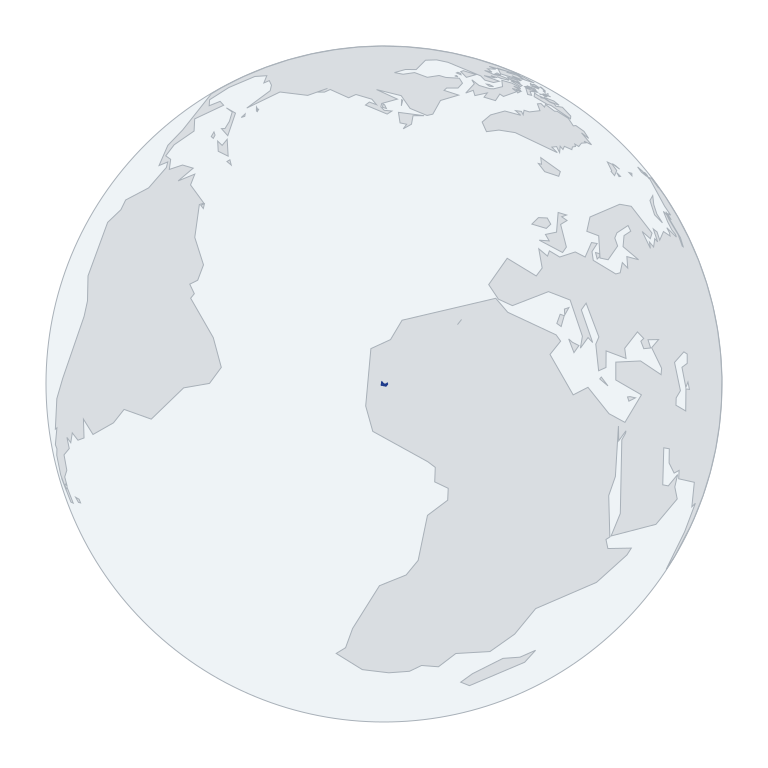 the Earth from above Koubia, rotated 41°
{"feature_id": "GIN-5645", "entity_name": "Koubia", "entity_type": "Prefecture", "adm_level": 1, "iso_a3": "GIN", "parent_name": "Guinea", "parent_adm1": "", "projection": "orthographic", "projection_center": [-11.818, 11.71], "detail": "fine", "context": "on_globe", "style": "filled", "palette": "blue", "viewbox_px": 768, "rotation_deg": 41, "n_neighbors": 0, "source": "natural_earth", "source_scale": "10m", "svg_char_len": 9115}
<svg xmlns="http://www.w3.org/2000/svg" viewBox="0 0 768 768"><g transform="rotate(41 384 384)"><circle cx="384" cy="384" r="338" fill="#eef3f6" stroke="#a8b0b8"/><path d="M283.7,61.3L282.8,62.0L255.0,75.3L261.8,73.1L255.5,78.1L260.9,77.8L254.2,81.4L264.3,78.2L269.4,75.1L275.6,72.9L279.2,72.7L271.3,76.8L268.3,77.6L267.9,78.8L262.4,81.1L267.2,79.9L257.2,85.6L272.4,79.9L268.9,84.6L260.8,88.5L254.8,88.0L221.1,99.3L211.0,104.9L202.9,112.4L202.0,125.6L193.8,132.6L187.6,142.1L195.2,137.7L202.8,128.9L215.5,124.1L223.2,115.0L229.5,112.1L240.3,103.8L245.9,105.5L245.7,112.1L237.1,119.5L236.7,123.0L250.8,117.0L240.6,133.0L243.8,148.3L240.3,153.1L222.9,158.9L207.8,155.1L185.2,166.7L207.2,160.2L198.2,173.8L199.8,176.9L204.6,177.3L210.9,172.8L209.3,178.2L187.0,185.6L188.0,180.8L195.1,178.1L188.0,177.0L172.9,183.9L169.5,191.2L150.2,197.0L147.6,202.7L141.9,207.7L147.4,198.0L137.1,216.2L113.9,231.9L99.4,265.8L105.7,237.3L103.0,232.3L98.4,230.3L95.8,235.6L93.3,228.2L84.8,236.6L72.4,262.0L65.9,283.9L69.5,288.7L74.9,278.2L80.1,278.8L67.2,308.1L74.7,317.7L68.7,341.1L69.6,355.0L75.6,354.4L81.2,362.9L88.3,350.9L98.4,346.3L95.4,365.8L103.5,349.7L107.4,360.7L129.4,365.7L126.9,369.7L145.0,397.5L169.6,412.5L175.3,427.9L171.9,436.1L181.6,440.3L181.8,446.1L224.7,461.0L250.3,478.2L251.9,498.0L235.3,518.4L231.4,563.2L204.5,573.7L205.3,590.8L197.5,613.0L180.2,607.7L193.0,621.5L189.9,627.2L180.8,625.4L186.1,633.8L179.7,632.3L188.8,639.2L189.0,647.4L201.2,657.2L204.0,663.6L212.2,669.2L209.4,668.2L209.2,669.2L212.7,671.9L199.5,664.6L183.8,652.5L179.7,647.5L175.8,645.4L165.9,631.7L165.6,633.7L146.7,609.7L137.9,590.7L113.3,529.7L105.7,515.8L89.7,496.6L69.4,443.3L71.1,425.1L68.3,414.6L77.7,390.4L77.7,363.3L75.1,358.3L70.9,366.7L64.3,345.7L65.4,324.4L63.3,278.2L67.0,267.0L73.3,251.3L76.6,243.6L87.2,222.4L99.2,202.1L112.7,182.6L127.5,164.1L143.5,146.6L160.7,130.4L179.0,115.4L198.3,101.7L218.6,89.3L239.6,78.5L261.4,69.1L283.7,61.3ZM94.2,277.0L103.2,299.1L93.8,297.9L96.4,295.5L95.0,287.2L91.0,278.3L83.9,279.0L94.2,277.0ZM107.9,260.9L106.0,258.6L108.5,259.5L107.9,260.9ZM236.4,103.6L238.3,103.7L235.3,105.1L236.4,103.6ZM239.3,100.1L234.6,101.7L235.2,100.3L238.1,99.3L239.3,100.1ZM245.0,98.5L237.0,97.8L238.3,95.5L250.5,90.1L245.0,98.5ZM269.4,74.2L264.2,77.5L265.2,75.1L269.4,74.2ZM268.6,73.4L262.8,71.1L272.4,66.9L272.4,68.1L282.1,63.6L289.6,62.5L286.0,64.8L278.3,67.5L287.0,65.2L268.6,73.4ZM278.1,71.8L276.1,71.4L284.3,67.6L289.8,67.8L285.4,68.9L278.1,71.8ZM281.0,63.2L288.0,60.8L296.0,59.2L299.9,58.2L290.6,62.2L281.0,63.2ZM285.4,69.7L292.4,68.1L291.9,69.9L280.6,72.0L285.4,69.7ZM284.0,66.7L288.2,65.1L287.7,66.0L284.0,66.7ZM294.0,76.6L291.4,75.5L295.4,73.3L294.0,76.6ZM295.0,67.4L295.2,66.9L296.5,66.0L300.9,65.5L295.0,67.4ZM296.9,61.0L298.8,61.1L301.1,59.3L307.2,58.5L299.9,61.5L305.6,59.9L307.5,59.7L299.5,62.5L296.9,61.0ZM309.2,62.7L302.1,67.2L306.0,69.3L302.5,71.2L296.8,67.6L309.2,62.7ZM304.2,62.3L306.5,62.9L301.0,64.5L296.0,65.2L304.2,62.3ZM314.0,57.1L306.5,57.5L308.3,56.9L314.0,57.1ZM311.4,62.9L313.1,61.9L312.4,62.9L311.4,62.9ZM314.4,58.4L311.5,58.4L313.7,57.7L314.4,58.4ZM318.9,60.1L316.6,61.4L313.1,61.7L318.9,60.1ZM317.7,59.0L321.4,58.0L313.3,61.0L316.1,59.1L317.7,59.0ZM316.9,57.7L317.3,57.3L317.8,57.8L316.9,57.7ZM333.3,58.7L323.9,62.3L316.3,62.8L326.5,59.0L333.3,58.7ZM225.2,678.5L202.4,666.6L213.5,672.5L212.4,669.8L227.6,677.8L225.2,678.5ZM225.6,671.8L229.5,671.0L233.0,672.8L231.1,673.8L225.6,671.8ZM706.0,281.6L708.8,290.9L716.3,322.5L718.6,338.9L707.8,298.2L697.2,269.7L696.9,274.7L682.7,254.6L668.6,262.2L663.4,255.6L661.4,260.9L651.0,256.6L641.8,245.7L637.0,248.6L660.5,277.2L665.4,274.4L665.0,259.7L671.0,270.9L680.7,278.4L681.3,311.5L655.1,349.7L647.3,326.7L600.1,270.1L598.6,262.7L598.2,262.0L597.3,260.6L598.4,272.9L588.5,261.9L619.3,302.0L626.8,320.8L654.8,351.3L653.5,355.7L660.9,361.3L678.3,345.6L679.5,353.6L674.5,394.3L645.8,454.0L646.7,487.0L639.5,516.4L615.0,540.3L610.6,561.7L597.0,571.8L591.7,584.1L577.1,598.8L555.0,613.8L524.7,618.7L528.0,608.2L520.7,589.1L512.9,539.2L526.0,513.6L525.5,494.7L503.0,454.6L508.3,429.9L500.9,420.6L486.5,424.6L477.4,413.3L468.2,413.9L406.6,427.1L384.6,412.6L350.9,365.9L359.8,346.2L355.8,324.0L412.1,246.0L430.3,248.7L481.7,234.0L489.2,235.8L489.9,252.8L533.9,268.1L540.1,252.7L573.3,258.8L591.0,254.9L585.4,223.3L556.3,228.9L544.6,215.4L562.5,198.3L587.0,195.2L583.2,190.0L562.2,181.0L562.1,170.3L554.2,177.4L561.6,181.9L556.9,186.9L549.8,183.2L550.1,179.2L541.1,178.4L542.2,199.1L549.9,205.9L529.9,213.3L540.7,225.9L537.3,233.2L517.7,215.0L515.3,207.5L483.5,190.4L484.3,198.6L514.3,215.8L507.5,215.1L508.7,228.1L502.4,217.8L469.4,198.5L447.5,206.4L429.5,240.6L414.7,244.9L397.8,240.3L394.5,208.3L428.0,202.6L427.3,192.7L412.1,180.4L423.5,180.2L421.5,175.0L433.3,172.9L441.7,158.9L452.5,156.2L447.8,141.1L452.7,138.1L454.1,147.6L460.8,153.4L486.7,148.9L489.3,145.1L484.2,136.0L491.9,136.6L483.7,128.5L494.6,123.2L474.3,123.5L467.8,114.5L470.0,106.8L464.2,104.3L460.6,117.1L462.4,122.4L469.8,126.6L471.6,143.2L464.4,147.2L448.8,131.3L436.9,135.7L429.9,122.8L444.0,93.7L454.0,87.7L487.3,94.3L489.6,99.6L478.8,99.5L496.1,106.9L491.2,102.7L497.6,103.7L493.0,96.7L497.3,97.2L485.5,90.3L490.3,90.1L497.7,94.5L494.9,85.6L502.8,84.6L500.1,82.5L494.9,80.5L508.3,81.3L505.7,79.8L500.3,78.9L491.7,75.5L481.6,70.4L486.7,70.9L491.1,72.8L508.0,78.3L518.7,84.3L519.8,84.1L511.7,79.1L491.1,72.2L483.6,69.1L493.1,71.6L489.0,70.4L486.9,69.1L489.6,68.5L479.1,65.7L448.6,54.3L450.9,53.3L462.8,56.0L450.1,52.6L473.5,58.1L496.4,65.3L518.7,74.1L540.4,84.4L561.3,96.3L581.3,109.6L600.2,124.3L618.1,140.3L634.9,157.6L650.3,176.0L664.4,195.4L677.1,215.8L688.3,237.0L698.0,259.0L706.0,281.6ZM400.2,284.4L400.5,291.0L400.2,284.4ZM618.3,208.5L629.4,206.4L615.1,189.6L618.1,187.7L612.1,183.1L614.0,188.5L597.9,175.9L599.3,169.5L593.2,162.5L589.2,163.0L589.1,177.1L612.1,194.6L613.6,202.8L618.3,208.5ZM130.2,365.7L132.5,370.1L128.6,369.3L130.2,365.7ZM90.3,305.3L93.2,307.0L94.0,310.6L91.3,310.6L90.3,305.3ZM120.6,315.9L125.1,319.0L119.5,319.1L120.6,315.9ZM105.1,302.2L116.9,314.3L106.2,317.1L99.1,309.8L105.3,310.1L105.1,302.2ZM102.0,271.2L103.3,273.3L101.4,276.5L102.0,271.2ZM109.7,261.6L108.8,261.6L109.1,258.4L109.7,261.6ZM199.5,173.3L201.3,172.9L205.1,174.5L201.3,176.1L199.5,173.3ZM234.3,169.9L231.1,178.8L230.7,173.1L224.8,176.4L216.7,169.5L238.2,155.2L229.9,162.5L234.3,169.9ZM211.9,157.6L214.6,162.7L210.8,157.8L211.9,157.6ZM398.3,151.6L405.0,154.0L404.4,160.1L390.7,166.3L391.4,157.1L398.3,151.6ZM414.6,156.2L402.9,140.3L410.9,136.7L408.4,141.2L414.9,140.5L412.6,147.7L431.8,161.0L432.5,167.6L406.8,173.6L414.8,167.6L407.7,165.2L414.6,156.2ZM358.7,114.8L353.8,110.3L377.7,108.0L379.6,112.6L366.0,118.3L355.8,116.3L358.7,114.8ZM268.1,90.2L264.7,90.4L266.8,89.0L271.6,87.7L268.1,90.2ZM292.4,76.3L285.5,88.6L281.2,89.2L282.2,97.0L271.3,101.9L271.0,96.5L263.4,106.7L258.7,103.8L254.8,110.8L255.2,98.2L250.7,96.8L259.9,96.3L270.1,91.7L273.1,89.3L278.4,81.8L273.7,77.5L283.0,73.1L290.9,71.2L293.4,71.5L286.5,74.1L294.9,72.7L286.9,76.8L292.4,76.3ZM377.3,64.4L368.3,64.9L383.7,67.3L375.7,69.5L378.0,69.7L375.0,72.7L375.2,77.0L370.6,77.7L372.7,79.1L370.7,81.5L372.0,83.9L364.2,86.3L365.2,89.6L361.0,89.0L364.7,94.1L358.5,91.6L355.3,95.1L363.0,95.7L318.1,108.2L304.1,117.0L295.8,126.3L286.2,121.9L287.9,111.0L296.1,98.7L310.9,91.5L303.9,91.4L308.9,88.1L312.4,89.5L310.1,85.5L315.2,83.3L322.4,75.4L316.0,71.9L318.5,69.4L323.5,69.7L322.5,67.1L333.8,66.2L335.8,64.6L348.9,62.6L357.5,65.0L359.2,63.1L369.2,62.1L377.3,64.4ZM337.1,58.1L349.2,59.3L350.8,61.5L327.2,64.2L323.8,65.8L308.8,68.6L306.8,65.7L311.3,65.1L315.1,63.8L314.2,65.2L317.9,63.2L324.2,62.5L328.7,60.9L331.4,61.6L337.1,58.1ZM493.8,228.8L498.8,228.9L505.9,227.1L506.8,235.7L493.8,228.8ZM471.2,215.8L475.2,214.2L480.0,224.4L474.7,224.9L471.2,215.8ZM473.4,205.0L475.1,213.3L471.0,209.1L473.4,205.0ZM457.4,146.0L461.2,144.2L463.2,146.2L462.9,149.8L457.4,146.0ZM421.3,75.5L415.9,74.6L416.0,73.7L407.0,69.9L412.1,68.5L419.6,70.2L421.3,75.5ZM582.8,229.5L580.1,236.3L576.3,234.0L578.0,232.1L582.8,229.5ZM543.4,236.2L554.3,238.5L543.5,238.6L543.4,236.2ZM425.4,73.3L421.1,71.8L426.3,72.1L425.4,73.3ZM415.4,67.3L420.9,67.3L411.7,67.9L415.4,67.3ZM672.7,501.7L646.4,555.6L637.5,558.7L640.8,544.7L653.8,513.0L665.8,501.0L673.1,485.5L672.7,501.7ZM717.1,327.2L716.8,325.2L716.9,325.9L717.1,327.2ZM463.2,65.5L470.0,71.7L478.4,76.7L488.4,79.7L477.2,78.8L464.3,71.0L463.2,65.5ZM449.9,55.2L441.1,53.7L442.8,53.4L445.1,53.7L449.9,55.2ZM446.1,55.0L439.2,55.2L433.0,53.8L439.6,53.8L446.1,55.0ZM432.8,62.4L434.5,64.2L430.2,63.7L432.8,62.4Z" fill="#d9dde1" stroke="#a8b0b8" stroke-width="1"/><path d="M386.0,381.5L386.4,381.7L386.5,381.7L386.7,382.0L386.7,384.0L386.7,384.3L386.1,384.4L385.7,384.5L385.5,384.9L385.1,385.2L384.1,385.6L383.3,386.1L383.0,386.3L382.9,386.5L382.7,386.5L382.6,386.3L382.6,386.0L382.3,385.8L382.1,385.4L381.6,384.7L381.2,384.2L381.1,383.9L381.8,383.9L382.0,384.0L382.3,384.1L382.5,384.3L382.8,384.3L383.2,384.3L383.3,384.2L383.5,384.2L383.9,384.1L384.1,384.0L384.4,383.9L385.1,383.9L385.2,383.7L385.3,383.2L385.6,382.9L385.7,382.5L386.0,382.0L386.0,381.5Z" fill="#3b82f6" stroke="#1e3a8a" stroke-width="1.5"/></g></svg>